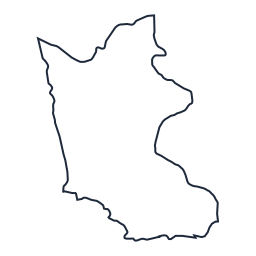 SVG path tracing the border of Krâchéh
{"feature_id": "KHM-1793", "entity_name": "Krâchéh", "entity_type": "Province", "adm_level": 1, "iso_a3": "KHM", "parent_name": "Cambodia", "parent_adm1": "", "projection": "orthographic", "projection_center": [106.195, 12.682], "detail": "fine", "context": "isolated", "style": "outline", "palette": "slate", "viewbox_px": 256, "rotation_deg": 0, "n_neighbors": 0, "source": "natural_earth", "source_scale": "10m", "svg_char_len": 3761}
<svg xmlns="http://www.w3.org/2000/svg" viewBox="0 0 256 256"><path d="M218.0,221.5L215.3,221.7L211.9,223.8L209.5,227.4L207.7,232.3L204.8,236.2L201.7,237.1L194.3,235.4L195.5,237.7L182.6,235.9L175.5,235.9L170.9,239.1L168.9,239.0L168.1,237.9L167.5,236.6L166.2,235.6L164.3,235.3L162.5,235.5L159.0,236.4L159.2,237.0L158.3,237.0L147.9,239.5L146.6,239.6L143.2,238.8L142.2,238.8L141.4,238.9L137.3,240.4L136.2,240.6L135.4,240.6L134.9,240.4L134.5,240.1L134.2,239.8L133.3,238.6L126.3,238.7L124.6,238.0L124.5,237.4L124.5,236.8L124.5,236.3L124.7,235.8L125.0,235.4L125.3,235.0L125.6,234.6L126.0,234.3L126.8,233.5L127.2,232.8L127.4,232.3L127.4,231.8L127.4,231.7L125.0,227.0L124.1,225.7L123.3,224.9L122.8,224.6L121.9,224.2L120.2,223.2L117.5,221.2L116.8,220.8L116.2,220.7L114.3,220.7L113.7,220.5L111.1,219.1L109.5,218.4L108.9,217.9L108.5,217.5L108.7,217.1L109.0,216.7L109.4,216.4L109.9,215.5L110.1,215.0L110.3,214.4L110.3,213.8L110.1,212.9L109.7,211.8L108.6,210.0L107.9,209.3L107.2,209.0L106.5,209.1L106.0,209.1L104.0,208.6L103.3,205.7L103.0,205.2L102.5,204.7L98.6,201.9L96.5,200.8L91.5,199.9L86.9,198.1L85.8,197.8L84.9,197.7L84.2,197.7L83.6,197.8L83.2,197.9L82.0,198.9L81.5,199.0L77.3,199.8L76.0,193.6L75.3,193.0L74.7,193.1L72.0,193.0L64.6,191.3L63.8,191.7L63.2,191.6L63.5,187.0L63.8,186.4L64.2,185.6L64.9,185.1L65.7,184.2L67.1,182.2L67.6,180.7L67.8,179.7L67.4,172.0L65.3,160.2L63.6,154.5L59.6,136.5L55.1,122.9L54.8,119.6L53.0,113.3L53.4,110.3L53.1,105.3L53.4,103.7L53.7,103.2L54.1,102.2L54.3,101.7L54.4,101.1L54.3,100.1L54.0,99.0L53.1,97.0L52.1,95.4L50.3,93.7L50.1,93.2L50.0,92.6L50.3,91.7L50.6,91.1L51.6,89.8L52.0,88.8L52.1,88.3L52.1,87.6L51.8,86.8L51.0,85.6L50.4,85.0L49.9,84.5L49.1,84.0L48.7,83.6L48.4,82.7L46.8,72.3L46.8,71.1L46.9,70.3L47.9,67.7L48.2,66.5L48.0,65.6L47.6,64.5L46.4,62.5L45.1,60.8L43.1,58.8L42.7,58.4L38.0,38.4L50.9,44.7L56.6,46.1L58.5,47.2L71.8,57.6L76.6,60.2L79.9,61.7L81.1,61.9L82.7,61.9L84.9,61.7L90.8,59.8L91.2,59.5L92.0,58.7L93.0,57.3L95.8,52.3L96.2,51.0L96.2,49.0L96.4,48.4L96.8,47.8L97.8,47.4L98.4,47.4L98.9,47.5L99.1,47.6L101.5,48.6L101.9,48.6L102.3,48.7L102.9,48.6L103.4,48.5L103.9,48.3L104.2,48.0L104.5,47.6L104.8,46.9L105.8,41.9L106.1,41.0L115.4,27.4L117.1,26.0L118.0,25.4L119.2,24.9L120.5,24.5L127.3,24.0L131.2,24.7L132.4,24.6L133.3,24.2L134.3,23.3L135.8,21.3L136.6,20.7L137.6,20.2L146.2,16.4L148.6,15.8L154.1,15.4L154.5,32.1L153.8,34.9L153.8,35.6L154.5,38.8L156.6,44.6L158.1,46.5L162.6,49.0L164.1,50.2L164.8,51.2L165.1,51.7L165.4,52.2L165.5,52.8L165.7,53.4L165.7,54.2L165.5,54.8L165.2,55.2L164.7,55.4L164.1,55.5L155.6,55.4L154.9,55.7L154.1,56.3L152.9,57.8L152.4,58.7L152.1,59.5L152.1,60.1L152.2,64.2L152.5,65.2L152.8,65.8L153.5,66.5L158.0,72.8L158.5,73.3L158.8,73.6L159.3,73.9L161.1,74.8L161.6,75.1L162.0,75.6L163.0,77.2L164.0,78.2L165.3,79.0L166.9,79.8L167.3,79.9L167.9,80.0L170.4,80.0L171.0,80.1L172.2,80.3L172.7,80.5L173.1,80.9L175.0,83.0L183.8,88.4L189.2,90.6L190.3,91.3L190.9,91.8L191.2,92.3L191.5,93.4L191.7,95.2L192.4,100.9L192.1,102.8L191.8,103.1L191.4,103.5L191.0,103.7L190.0,104.1L189.2,104.8L188.2,105.9L186.4,108.6L185.4,109.8L184.6,110.5L180.3,112.4L177.2,113.3L174.4,115.0L170.9,115.8L164.9,119.5L162.7,121.7L159.4,127.3L155.6,141.8L154.9,145.6L155.3,148.0L155.3,151.3L155.4,151.9L155.6,152.4L156.1,153.1L156.8,153.7L161.1,155.7L168.2,160.2L170.1,161.1L173.2,162.9L174.3,163.8L175.0,164.1L175.9,164.6L178.0,165.2L178.5,165.5L178.9,165.7L182.6,169.1L183.1,169.8L183.8,170.9L185.4,174.6L187.4,181.3L188.0,182.7L188.5,183.2L189.1,183.9L191.4,185.2L193.8,186.1L197.5,186.6L203.7,188.3L205.7,189.2L207.4,190.3L208.9,191.0L209.4,191.3L209.9,191.8L211.5,193.5L212.5,194.4L213.6,195.6L214.8,197.4L215.5,199.0L217.6,202.3L217.7,203.7L217.1,213.8L217.9,220.5L218.0,221.4L218.0,221.5Z" fill="none" stroke="#1e293b" stroke-width="2"/></svg>